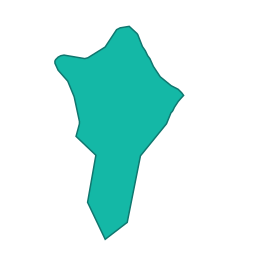 SVG path tracing the border of Kingston upon Thames, rotated 340°
{"feature_id": "GBR-2754", "entity_name": "Kingston upon Thames", "entity_type": "London Borough (royal)", "adm_level": 1, "iso_a3": "GBR", "parent_name": "United Kingdom", "parent_adm1": "", "projection": "robinson", "projection_center": [-0.265, 51.379], "detail": "fine", "context": "isolated", "style": "filled", "palette": "teal", "viewbox_px": 256, "rotation_deg": 340, "n_neighbors": 0, "source": "natural_earth", "source_scale": "10m", "svg_char_len": 657}
<svg xmlns="http://www.w3.org/2000/svg" viewBox="0 0 256 256"><g transform="rotate(340 128 128)"><path d="M163.9,32.9L168.7,42.2L169.1,43.5L169.4,56.3L170.7,61.4L171.2,66.7L172.3,70.4L172.9,78.8L175.8,90.9L183.0,103.0L188.4,108.8L190.5,113.3L191.4,116.4L187.0,118.7L184.2,120.3L178.7,124.4L176.4,126.7L175.4,127.5L173.5,128.5L165.6,137.2L130.2,158.4L95.0,216.4L68.5,224.8L64.6,184.0L88.5,142.6L76.3,118.1L83.7,107.6L84.6,105.3L88.1,80.2L87.4,63.4L82.1,49.8L81.5,42.2L82.1,40.4L82.5,39.8L83.4,39.0L86.6,37.5L89.6,37.1L92.8,37.6L111.1,48.0L114.3,48.3L134.2,44.1L150.9,31.7L154.9,31.2L163.9,32.9Z" fill="#14b8a6" stroke="#0f766e" stroke-width="1.5"/></g></svg>